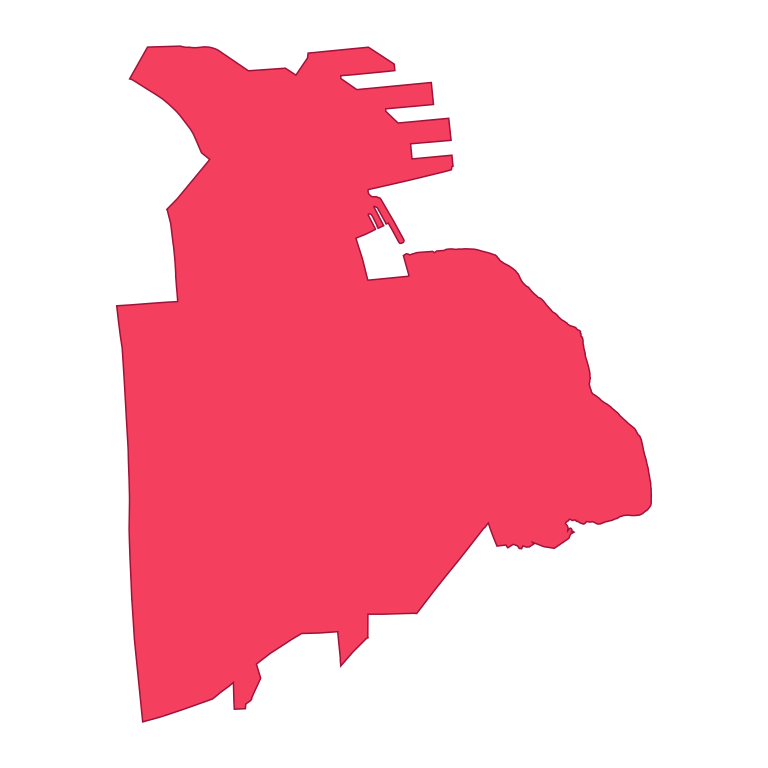 Comuna 1, Ciudad de Buenos Aires, Argentina (Robinson projection)
{"feature_id": "61730980B33319795319357", "entity_name": "Comuna 1", "entity_type": "district", "adm_level": 2, "iso_a3": "ARG", "parent_name": "Argentina", "parent_adm1": "Ciudad de Buenos Aires", "projection": "robinson", "projection_center": [-58.363, -34.606], "detail": "fine", "context": "isolated", "style": "filled", "palette": "rose", "viewbox_px": 768, "rotation_deg": 0, "n_neighbors": 0, "source": "geoboundaries", "source_scale": "gbopen_adm2", "svg_char_len": 6075}
<svg xmlns="http://www.w3.org/2000/svg" viewBox="0 0 768 768"><path d="M308.1,53.1L307.5,58.0L295.9,75.1L285.4,68.2L248.4,70.8L218.0,50.1L215.9,49.1L214.3,48.5L212.6,48.0L210.9,47.5L209.1,47.2L207.3,47.0L205.6,46.9L203.8,46.9L202.0,47.1L200.2,47.3L195.8,47.7L193.6,47.7L191.4,47.5L189.1,47.2L186.9,47.3L185.2,47.2L183.4,46.9L182.3,46.7L180.6,46.1L147.5,47.1L129.6,78.9L130.7,79.2L132.1,79.7L133.1,80.2L134.4,81.0L140.0,84.6L151.2,91.6L156.9,95.2L162.3,98.8L167.9,103.4L172.2,107.3L176.7,111.7L179.9,115.4L186.7,124.2L190.5,129.3L193.2,133.8L195.9,139.8L201.5,152.8L208.8,158.7L209.7,159.3L208.1,161.5L177.2,198.8L167.5,208.7L166.8,209.4L167.2,209.8L170.7,223.6L173.2,244.3L173.6,246.8L175.0,261.1L175.7,273.1L175.7,276.0L176.6,288.2L176.9,290.8L177.7,301.6L166.8,302.2L151.4,303.3L130.6,304.9L116.7,305.8L118.5,321.4L120.3,335.7L122.2,348.2L124.0,376.4L124.8,390.3L126.5,420.8L128.0,446.3L128.2,451.0L128.4,460.5L129.1,480.0L129.5,497.3L129.5,501.2L129.1,529.3L129.4,540.7L130.0,558.0L131.2,584.5L131.8,599.6L132.1,603.2L134.4,639.0L135.5,650.4L142.7,721.9L160.7,716.9L169.8,713.9L173.7,712.6L181.2,710.1L192.3,706.2L212.7,698.9L220.4,692.5L229.4,685.9L233.4,682.4L233.9,700.6L234.3,709.2L245.4,708.7L245.7,705.1L245.9,703.9L250.5,700.7L251.8,698.8L251.6,698.2L252.2,696.7L260.7,678.2L256.4,664.1L269.8,653.7L291.4,639.6L301.6,633.5L319.4,633.0L337.8,631.7L337.9,633.8L340.3,658.0L340.3,660.4L340.8,666.0L342.8,663.6L353.0,651.9L366.7,638.2L368.1,637.7L367.8,637.2L367.9,617.5L367.9,614.2L382.8,614.2L413.3,613.3L416.7,613.5L434.4,590.4L445.6,576.3L459.3,559.5L470.3,545.5L483.7,528.3L484.9,527.5L485.9,526.1L488.3,523.0L490.2,528.7L493.4,537.3L497.0,546.1L505.9,545.0L507.7,547.8L507.8,547.8L513.3,544.3L517.6,545.9L519.2,548.4L519.4,548.5L521.6,548.7L522.9,545.9L526.4,547.1L529.4,546.9L534.0,543.8L533.1,543.4L532.5,542.3L544.0,546.7L554.3,548.3L568.8,538.4L569.5,536.9L570.3,534.6L571.4,533.5L572.4,533.1L574.1,532.1L572.9,531.3L571.9,531.4L571.6,531.5L571.9,529.7L571.1,528.4L570.2,528.2L568.8,528.7L568.6,529.7L567.7,530.9L567.7,530.2L568.1,528.7L567.8,526.9L567.1,525.5L566.0,524.2L565.6,523.7L565.7,522.7L567.1,521.4L568.1,521.0L568.8,520.3L569.3,519.3L569.8,519.1L571.3,519.9L572.0,520.4L572.9,520.5L573.4,520.1L575.7,520.1L576.2,521.2L576.9,521.5L577.6,521.2L580.0,522.9L581.0,523.2L582.3,523.7L583.4,524.1L584.3,523.8L585.4,523.0L586.2,521.9L587.2,521.6L589.8,522.1L592.6,521.7L595.2,522.8L596.4,523.6L597.7,524.0L600.2,524.0L601.5,523.3L602.3,523.1L604.0,522.5L606.1,521.6L606.9,521.6L608.2,521.2L610.5,520.7L612.4,520.2L613.8,519.5L615.5,518.8L617.0,518.5L618.2,517.8L619.3,517.0L620.5,516.4L621.4,516.3L622.7,515.9L623.6,515.4L625.2,515.4L626.9,515.2L629.0,515.2L631.0,515.5L632.4,515.6L634.1,515.6L637.2,515.3L638.8,515.2L639.9,514.9L642.7,513.5L644.5,511.9L646.4,510.6L647.6,509.7L649.5,507.3L650.7,505.5L651.0,504.3L651.2,502.9L651.2,501.2L651.2,499.7L651.2,497.9L651.3,497.4L651.3,495.9L651.1,490.4L651.2,489.1L650.8,486.8L650.7,483.0L650.2,480.8L649.2,474.7L648.5,471.3L648.4,470.0L648.2,468.6L646.9,463.7L646.6,462.1L646.3,460.7L645.9,459.0L644.7,455.1L643.6,450.6L643.1,447.9L641.5,440.5L641.0,438.9L640.5,437.9L639.9,436.4L639.0,435.3L638.0,434.6L636.2,431.1L635.1,429.2L634.1,428.1L628.0,423.2L626.0,421.2L624.2,419.6L620.5,416.2L619.8,415.6L619.1,414.5L618.5,413.7L617.5,412.8L616.5,411.9L615.3,411.0L614.0,409.8L613.0,409.0L612.2,408.6L611.9,408.1L611.3,407.3L608.2,405.0L607.4,404.3L605.6,403.4L603.9,402.3L601.5,400.6L599.6,398.6L595.4,395.4L593.9,394.5L592.8,394.0L592.1,393.0L591.5,392.0L590.8,389.3L590.0,387.4L589.6,385.5L589.1,384.0L589.5,383.0L589.7,381.8L589.7,380.5L590.0,379.4L590.2,378.9L590.3,378.0L590.0,376.9L589.9,375.9L589.9,375.2L590.0,374.3L589.5,371.2L589.0,369.0L588.8,368.2L588.5,366.7L587.2,362.1L586.5,359.6L585.8,357.7L585.2,355.1L585.2,353.3L583.9,348.4L583.7,346.6L583.4,344.9L583.0,343.3L583.1,341.8L582.9,339.6L582.3,337.2L581.1,336.2L580.9,334.9L581.1,333.9L580.4,333.2L580.3,332.6L580.6,331.8L580.4,331.3L579.1,330.3L577.8,329.9L576.5,328.7L575.8,327.7L574.7,327.1L573.6,326.8L572.0,326.2L571.5,326.1L570.8,326.1L569.3,325.1L568.1,324.6L566.8,322.9L565.7,322.3L564.5,321.4L562.0,320.0L559.5,317.8L558.7,317.1L557.5,315.5L555.1,313.3L553.3,312.3L552.4,311.6L551.9,311.1L551.0,309.8L550.0,308.9L548.0,306.6L547.5,306.1L546.2,304.7L545.5,303.5L544.8,302.8L543.9,301.5L543.2,300.7L542.3,299.9L541.6,299.1L540.3,298.2L538.8,297.7L537.5,296.9L536.8,296.0L536.0,295.3L535.0,294.5L534.0,293.6L532.2,291.8L530.5,289.9L529.3,288.3L528.6,287.4L527.3,286.6L525.9,285.8L523.2,283.1L521.7,281.1L520.3,278.5L518.8,275.2L518.3,274.0L517.1,272.9L515.6,270.8L512.9,268.6L509.2,266.0L504.2,263.4L502.8,262.5L501.8,261.7L500.8,261.2L500.0,260.5L499.5,259.9L499.0,258.9L498.2,258.1L497.4,257.5L497.1,256.6L496.4,255.9L495.2,255.0L493.1,254.4L489.8,253.2L486.6,252.3L480.7,250.8L477.8,249.9L474.5,249.2L465.6,248.8L460.7,249.1L459.2,249.0L457.9,249.1L456.1,249.4L451.4,248.9L448.0,249.1L445.7,249.5L444.4,250.4L436.7,251.0L436.3,251.2L435.5,252.0L434.6,252.7L432.6,251.4L417.8,252.5L416.6,252.7L409.6,254.9L408.5,254.2L406.9,253.8L406.1,253.9L404.7,254.7L403.4,255.6L409.0,275.8L407.8,276.3L368.0,280.2L367.6,279.3L362.5,259.0L355.9,238.2L366.6,233.8L375.4,229.4L375.4,228.9L368.3,215.2L368.2,214.6L368.5,214.0L370.9,214.1L372.5,216.4L377.3,226.1L377.1,226.4L378.1,228.3L383.7,225.7L373.9,206.9L374.0,206.4L374.6,206.4L377.3,207.7L385.2,222.0L386.1,224.0L388.3,223.1L392.1,229.8L398.7,242.0L399.6,243.2L400.0,243.4L400.6,243.4L401.6,243.2L403.3,242.4L403.9,241.3L404.0,240.7L403.9,239.9L394.2,222.1L380.9,199.2L380.5,198.9L380.1,198.2L378.6,197.6L376.2,196.7L374.5,196.8L372.5,196.7L371.8,196.6L370.5,195.6L369.1,194.4L368.5,193.4L368.0,191.0L368.3,189.6L408.1,180.5L444.3,171.7L450.0,170.2L451.4,169.7L451.6,168.4L452.0,166.7L452.2,166.3L453.0,166.2L451.9,155.2L412.0,158.9L410.6,143.8L451.1,140.3L448.7,118.3L398.0,123.0L385.7,111.2L385.8,108.8L387.2,108.7L433.5,104.5L431.3,82.5L356.8,89.6L340.8,78.5L340.8,75.7L352.3,74.8L394.1,70.7L394.9,70.5L394.2,64.1L368.4,47.2L308.1,53.1Z" fill="#f43f5e" stroke="#9f1239" stroke-width="1.5"/></svg>